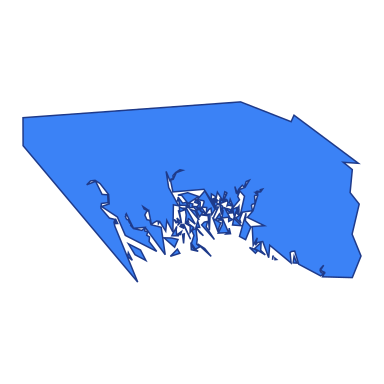 the district of Kikori District, Gulf, Papua New Guinea
{"feature_id": "67681753B67388913989028", "entity_name": "Kikori District", "entity_type": "district", "adm_level": 2, "iso_a3": "PNG", "parent_name": "Papua New Guinea", "parent_adm1": "Gulf", "projection": "robinson", "projection_center": [144.53, -7.347], "detail": "fine", "context": "isolated", "style": "filled", "palette": "blue", "viewbox_px": 384, "rotation_deg": 0, "n_neighbors": 0, "source": "geoboundaries", "source_scale": "gbopen_adm2", "svg_char_len": 6163}
<svg xmlns="http://www.w3.org/2000/svg" viewBox="0 0 384 384"><path d="M240.6,101.9L23.0,117.7L23.1,145.7L137.7,282.1L114.8,226.1L114.0,222.3L114.9,219.4L109.4,218.1L100.9,208.2L101.4,203.5L108.1,202.6L107.7,194.8L102.1,194.4L95.6,181.3L86.7,184.8L90.5,180.9L95.1,180.3L100.1,183.6L108.6,194.5L109.2,203.9L101.5,206.5L117.4,217.0L125.3,235.4L156.7,251.4L149.1,241.5L149.5,236.9L146.7,235.3L147.8,231.4L145.6,231.4L144.6,230.8L145.2,227.9L141.8,230.4L133.5,228.6L130.6,225.4L131.0,223.6L130.0,223.3L128.9,221.6L128.6,219.4L127.3,219.8L126.2,218.7L125.4,216.4L126.4,215.8L125.7,214.8L126.3,213.7L133.5,228.3L145.1,227.3L165.2,254.7L161.2,227.3L151.0,224.7L149.8,220.4L146.9,219.7L144.8,215.0L146.4,211.9L148.2,210.3L146.5,210.1L144.1,209.0L143.0,206.6L148.6,210.4L151.4,224.2L156.7,221.0L159.6,221.4L165.7,231.1L166.8,220.4L172.9,232.1L173.4,204.8L178.6,205.8L168.7,187.6L166.1,171.4L169.9,180.6L171.1,179.0L173.1,178.9L173.0,175.5L175.7,172.5L179.9,169.7L182.7,170.3L176.3,172.6L173.2,179.3L170.5,180.1L172.9,191.9L204.0,189.3L214.0,204.7L211.3,197.8L211.4,193.9L215.5,196.5L215.5,201.2L217.4,192.2L222.8,200.7L224.8,191.7L226.7,192.6L226.9,193.2L223.7,200.5L226.1,199.3L227.3,200.3L228.0,202.7L227.0,205.8L228.8,205.2L232.1,206.0L229.5,202.6L230.2,199.3L232.8,205.5L231.6,209.3L239.5,199.8L237.7,196.4L239.5,191.9L238.6,190.6L238.3,191.9L237.6,193.1L236.9,193.4L236.3,193.0L234.8,186.5L237.2,193.0L238.6,189.4L242.3,185.3L244.3,187.1L246.2,181.5L249.4,180.2L245.0,187.4L238.9,189.9L244.5,196.2L240.3,214.8L235.8,218.0L241.0,223.2L239.7,219.2L242.5,212.2L252.4,210.7L251.4,205.5L252.1,204.4L255.1,203.3L254.5,196.1L255.1,195.4L257.5,195.1L257.4,193.8L255.7,193.2L255.4,192.4L257.0,191.2L260.5,191.5L260.3,189.7L262.6,189.1L260.6,191.9L255.7,192.4L257.6,193.3L257.8,195.1L253.0,210.8L247.4,217.4L264.4,225.7L252.2,226.6L253.2,245.3L257.3,237.8L255.4,245.2L257.6,242.5L262.7,241.5L268.7,257.7L269.7,245.2L291.1,263.0L290.1,252.6L291.5,251.5L294.7,251.1L298.7,264.2L320.7,275.9L324.1,273.6L321.2,272.6L320.1,270.7L320.4,268.8L323.7,265.2L320.5,270.3L324.7,272.4L322.6,276.8L352.3,277.6L361.0,256.0L352.1,234.2L359.2,204.1L350.1,192.6L352.3,169.6L343.3,162.3L358.4,163.3L294.0,115.2L291.1,121.7L240.6,101.9ZM246.0,213.2L239.5,236.4L245.6,239.7L250.8,227.0L245.4,220.7L246.0,213.2ZM204.8,190.9L197.4,199.5L203.7,200.8L204.1,201.9L202.5,207.1L206.7,207.5L206.4,212.9L208.9,209.4L211.0,208.2L211.8,214.6L215.1,209.2L204.8,190.9ZM187.7,192.7L177.9,195.1L181.6,195.3L188.0,203.4L198.6,196.5L187.7,192.7ZM186.4,208.4L183.1,208.2L185.4,209.7L186.2,215.1L185.4,223.3L190.2,226.2L190.1,232.5L193.7,227.5L186.8,222.5L186.7,221.9L187.1,221.5L188.5,221.9L187.9,220.4L188.7,219.4L188.0,218.3L195.3,224.2L186.4,208.4ZM171.6,238.0L164.0,237.8L174.6,247.2L178.0,239.5L171.6,238.0ZM228.6,232.6L222.7,219.0L222.2,224.9L218.2,233.1L228.6,232.6ZM197.2,239.4L196.0,228.4L191.8,230.5L194.0,235.5L191.4,243.4L195.4,249.1L199.9,246.9L196.6,244.0L197.2,239.4ZM145.9,260.5L140.5,250.0L128.4,243.8L135.0,254.7L145.9,260.5ZM204.3,222.1L201.6,224.9L214.4,239.5L206.2,226.9L207.6,221.4L204.3,222.1ZM210.1,214.1L201.2,214.9L208.1,215.7L209.4,230.3L210.1,214.1ZM204.7,248.5L197.6,243.9L211.2,256.4L204.7,248.5ZM177.4,249.1L170.4,256.3L179.8,253.3L177.4,249.1ZM232.5,225.0L241.2,225.7L233.9,218.3L232.5,225.0ZM183.8,224.4L181.7,224.6L184.9,227.7L190.6,239.3L183.8,224.4ZM181.6,223.4L179.6,212.6L178.3,210.2L181.6,223.4ZM182.7,203.1L178.0,197.0L179.8,205.2L187.2,205.4L188.9,207.9L186.2,202.3L182.7,203.1ZM261.1,242.5L254.6,248.5L265.3,254.9L260.7,250.3L261.1,242.5ZM220.7,222.9L213.0,218.5L217.7,230.9L220.7,222.9ZM229.5,217.0L224.6,207.7L222.8,208.0L222.0,209.2L223.1,210.6L222.0,218.0L229.5,217.0ZM195.3,211.0L190.3,209.5L199.1,220.0L195.3,211.0ZM218.4,207.1L215.3,206.8L216.7,210.1L213.4,217.8L218.4,207.1ZM171.8,235.8L178.9,235.8L177.2,235.3L176.6,234.3L176.2,229.4L176.8,226.4L171.8,235.8ZM183.6,243.4L184.3,233.8L182.5,234.4L183.6,243.4ZM179.6,211.7L184.8,209.8L179.4,206.8L179.6,211.7ZM227.0,200.8L226.1,199.6L224.5,200.9L222.6,200.9L220.8,200.0L220.1,201.7L220.9,202.7L220.4,203.5L227.0,200.8ZM199.9,232.8L203.4,235.7L196.5,227.9L199.9,232.8ZM199.7,209.2L196.3,210.4L199.6,216.7L202.6,212.7L200.2,210.7L201.0,208.2L199.7,209.2ZM200.3,202.1L197.1,200.5L198.8,203.8L197.7,206.3L196.4,206.7L200.0,208.8L200.3,202.1ZM221.3,214.5L222.8,210.7L221.6,209.4L222.7,206.4L220.0,204.1L221.3,214.5ZM254.9,249.4L249.5,247.5L255.4,253.2L257.5,250.8L254.9,249.4ZM181.5,231.5L177.2,234.6L180.4,234.6L181.5,231.5ZM238.1,207.0L232.8,209.2L234.6,218.1L235.8,212.0L238.1,210.4L236.7,210.3L236.5,209.8L237.4,207.6L238.1,207.0ZM231.2,209.7L225.3,208.1L229.7,212.3L231.2,209.7ZM127.7,256.5L132.3,260.3L128.3,252.6L127.7,256.5ZM177.4,225.5L180.9,222.0L176.9,218.0L179.0,223.7L177.4,225.5ZM197.7,221.2L196.0,227.1L199.7,227.4L197.7,221.2ZM205.9,214.0L201.7,207.5L200.4,210.6L205.9,214.0ZM221.3,218.1L219.4,213.9L215.8,219.3L221.3,218.1ZM192.8,203.9L188.9,203.1L189.4,207.7L192.4,207.5L192.8,203.9ZM233.0,212.8L231.7,210.7L230.6,212.5L228.2,213.2L233.0,212.8ZM293.1,262.9L296.8,263.1L294.1,256.2L293.1,262.9ZM228.7,221.5L232.7,219.4L228.6,217.6L228.7,221.5ZM180.0,226.5L184.1,228.4L180.7,225.4L180.0,226.5ZM191.3,249.7L198.2,251.3L193.4,248.3L191.0,244.6L191.3,249.7ZM115.0,223.6L117.7,223.5L116.0,220.0L115.0,223.6ZM195.8,206.6L192.8,206.4L196.2,209.9L197.9,208.3L195.8,206.6ZM239.0,215.1L238.9,206.3L236.8,209.9L238.4,210.4L236.8,213.4L239.0,215.1ZM214.2,206.3L218.5,204.1L214.6,201.2L214.2,206.3ZM194.7,202.4L198.5,203.5L195.8,199.3L194.7,202.4ZM226.4,234.0L230.5,233.7L229.2,228.1L229.0,232.3L226.4,234.0ZM219.5,204.1L220.7,202.7L219.9,202.0L220.1,198.3L219.5,204.1ZM219.1,220.1L222.5,220.1L221.4,218.5L219.1,220.1ZM176.0,222.8L177.9,222.6L174.1,219.4L176.0,222.8ZM272.5,259.8L273.2,256.2L272.9,256.2L272.5,259.8ZM213.8,201.2L215.3,197.8L212.9,199.0L213.8,201.2ZM216.1,201.6L217.9,200.7L216.9,199.8L216.1,201.6ZM186.2,207.8L187.9,207.2L186.1,206.0L186.2,207.8ZM226.0,195.0L224.5,193.3L225.7,195.1L226.0,195.0ZM177.4,201.0L178.6,200.4L177.8,199.4L177.4,201.0ZM158.4,223.6L159.4,221.9L158.2,221.7L158.4,223.6ZM275.0,259.7L276.6,259.5L274.9,258.1L275.0,259.7Z" fill="#3b82f6" stroke="#1e3a8a" stroke-width="1.5"/></svg>